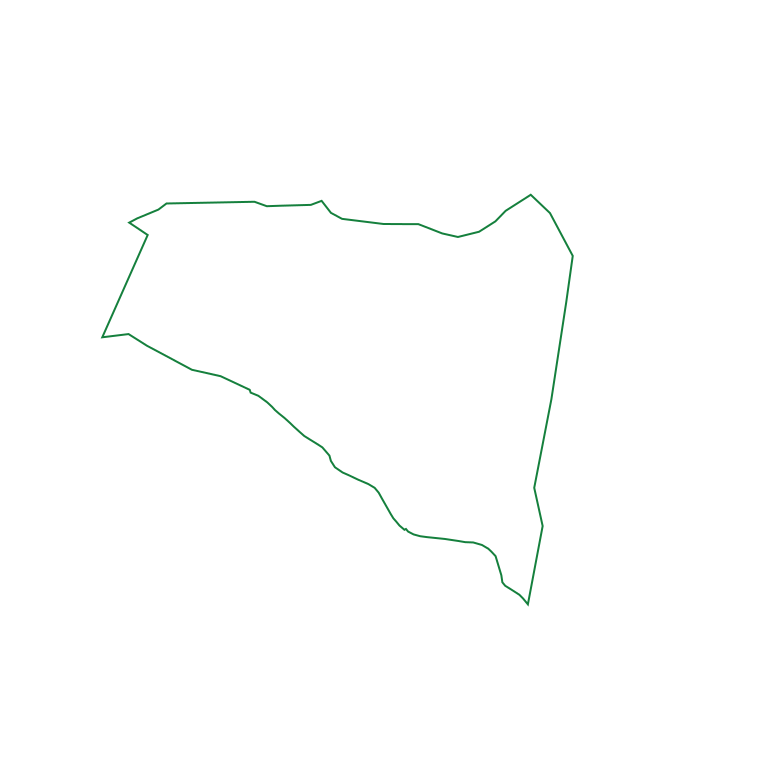 Cedars, Castries, Saint Lucia (Natural Earth projection), rotated 242°
{"feature_id": "8701671B84964760406378", "entity_name": "Cedars", "entity_type": "district", "adm_level": 2, "iso_a3": "LCA", "parent_name": "Saint Lucia", "parent_adm1": "Castries", "projection": "natural_earth1", "projection_center": [-60.983, 14.006], "detail": "fine", "context": "isolated", "style": "outline", "palette": "green", "viewbox_px": 768, "rotation_deg": 242, "n_neighbors": 0, "source": "geoboundaries", "source_scale": "gbopen_adm2", "svg_char_len": 1186}
<svg xmlns="http://www.w3.org/2000/svg" viewBox="0 0 768 768"><g transform="rotate(242 384 384)"><path d="M557.5,157.2L548.0,181.9L529.0,192.7L486.7,221.1L467.6,243.4L441.9,262.7L439.0,262.2L432.6,267.5L422.6,272.3L416.2,274.5L412.2,275.5L407.0,277.5L400.7,280.2L393.5,282.8L388.8,284.3L380.8,287.2L375.5,289.2L369.6,292.6L361.0,297.6L357.0,299.8L346.4,302.2L341.0,301.0L333.5,301.6L325.3,305.9L320.6,309.6L311.6,316.3L303.0,323.2L296.7,327.0L290.5,328.3L284.1,328.4L266.0,328.9L261.0,329.2L256.8,330.2L251.8,331.2L245.7,333.6L245.7,335.3L242.4,336.0L237.3,339.5L232.6,344.5L228.6,350.1L218.6,365.0L210.3,376.2L206.2,381.5L202.2,388.4L195.9,394.9L189.5,398.8L185.6,400.1L179.6,401.7L160.0,397.8L153.3,395.4L148.9,396.3L143.4,399.5L134.3,404.6L129.3,406.1L121.9,407.6L184.1,457.4L221.8,467.9L291.9,524.6L302.5,532.5L370.8,583.4L408.5,610.8L457.0,610.8L482.2,602.4L482.0,600.2L479.8,572.7L475.3,558.7L473.8,539.4L479.1,518.3L489.6,506.1L509.0,489.4L516.5,475.4L525.5,458.7L549.5,424.5L560.0,417.5L575.0,414.9L576.5,403.5L590.0,376.3L596.0,364.0L605.7,355.2L645.5,276.7L643.9,266.7L646.1,243.9L646.1,234.8L626.5,245.3L557.5,157.2Z" fill="none" stroke="#15803d" stroke-width="2"/></g></svg>